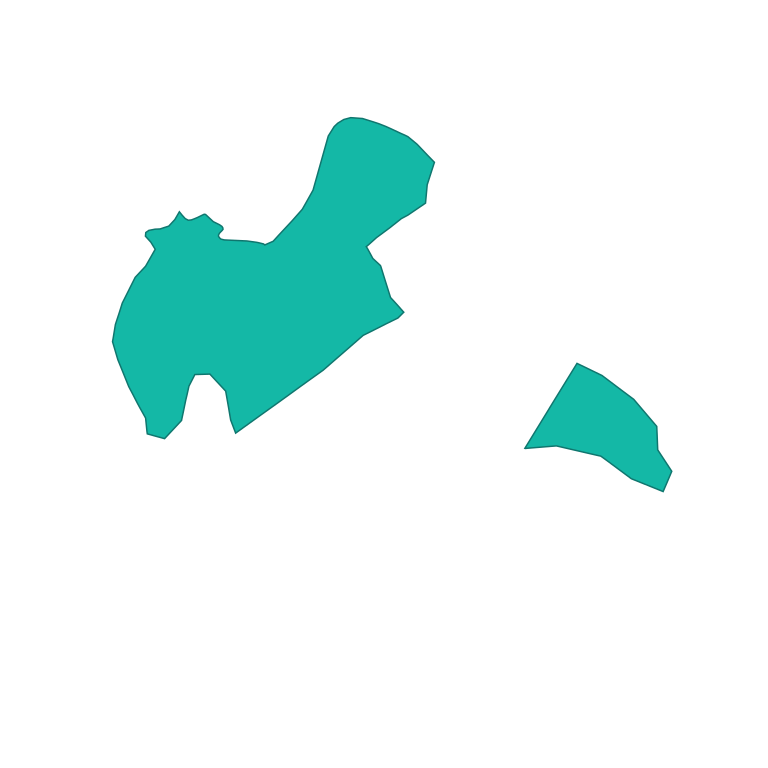 the district of At Tyal, Sana'a, Yemen, rotated 313°
{"feature_id": "15242507B91957266097282", "entity_name": "At Tyal", "entity_type": "district", "adm_level": 2, "iso_a3": "YEM", "parent_name": "Yemen", "parent_adm1": "Sana'a", "projection": "mercator", "projection_center": [44.543, 15.27], "detail": "fine", "context": "isolated", "style": "filled", "palette": "teal", "viewbox_px": 768, "rotation_deg": 313, "n_neighbors": 0, "source": "geoboundaries", "source_scale": "gbopen_adm2", "svg_char_len": 2452}
<svg xmlns="http://www.w3.org/2000/svg" viewBox="0 0 768 768"><g transform="rotate(313 384 384)"><path d="M450.0,349.5L450.1,348.0L450.9,339.9L451.7,329.8L459.8,315.5L463.0,309.9L464.9,306.6L467.8,301.5L468.2,300.6L468.2,290.2L469.6,286.1L471.6,280.1L472.3,277.7L472.3,277.4L476.0,277.8L486.1,278.7L491.9,279.8L501.7,281.6L503.5,281.9L507.0,282.4L508.7,282.7L509.4,282.8L516.8,283.9L523.8,286.3L544.6,291.0L559.2,279.7L580.5,269.7L581.0,259.8L581.9,244.7L581.2,232.8L580.2,229.5L578.9,225.8L575.3,214.7L573.6,209.7L570.8,202.6L568.3,197.2L563.5,187.2L556.1,178.0L550.0,174.2L543.2,172.3L538.3,172.0L532.1,173.2L527.4,174.1L477.4,199.9L465.2,202.9L457.7,204.7L455.9,205.1L440.8,205.5L421.1,205.5L412.8,205.6L404.7,202.1L404.4,202.0L404.3,200.4L401.5,195.4L400.6,194.0L395.2,186.3L389.6,179.7L383.2,172.2L380.5,169.0L378.8,166.0L378.7,164.6L379.1,162.3L380.2,161.3L382.4,160.8L385.6,160.9L387.3,160.8L388.3,159.6L388.7,158.0L388.3,155.1L386.3,148.4L386.3,142.8L386.3,140.2L386.3,137.9L385.5,136.7L383.2,135.8L378.5,134.0L375.0,132.4L372.6,131.2L370.3,129.2L369.4,125.8L369.8,121.1L370.4,116.9L361.6,118.9L352.7,118.9L352.1,118.6L348.2,116.4L344.7,114.5L341.0,110.9L335.9,107.2L334.1,106.9L333.9,106.8L332.3,106.5L329.4,108.7L328.7,116.8L328.0,119.3L326.5,124.8L315.2,127.5L313.5,127.9L307.6,129.3L306.3,129.3L292.3,129.3L279.7,133.0L279.1,133.2L264.7,137.4L259.3,140.0L255.3,141.9L247.5,145.5L244.3,147.0L232.6,154.8L229.8,156.6L227.1,161.2L220.3,172.7L215.2,183.7L208.0,199.1L205.2,207.2L203.0,213.3L201.5,217.5L200.0,222.0L198.5,226.7L196.5,232.9L187.8,242.8L186.1,244.9L188.4,249.3L189.1,250.7L194.4,260.8L200.7,260.8L208.5,260.8L210.9,260.8L215.1,260.8L218.9,260.8L219.3,260.8L219.7,260.5L226.5,256.4L237.0,250.0L242.1,247.1L249.4,242.8L261.0,239.5L261.8,239.2L262.0,239.3L272.5,249.9L271.8,259.4L270.9,271.9L270.8,273.1L260.3,287.0L256.0,292.6L253.1,296.4L246.9,309.0L277.5,315.1L299.8,319.6L307.0,321.0L308.4,321.3L323.9,324.3L337.4,327.0L352.7,330.1L352.9,330.1L371.1,332.0L391.9,334.2L404.5,335.5L405.4,335.6L416.1,339.6L428.4,344.1L441.8,349.2L450.0,349.5ZM495.7,661.5L503.5,658.7L516.4,654.0L522.5,629.1L532.8,618.7L539.0,612.4L543.1,577.1L541.5,562.5L538.9,537.6L530.7,511.1L480.5,521.2L477.3,521.9L433.0,530.9L433.1,531.1L433.3,531.4L434.6,532.5L448.1,544.8L456.3,552.3L470.6,577.1L478.0,589.9L479.1,591.7L479.1,591.8L480.0,599.0L481.6,613.3L482.5,621.3L483.4,629.5L495.7,661.5Z" fill="#14b8a6" stroke="#0f766e" stroke-width="1.5"/></g></svg>